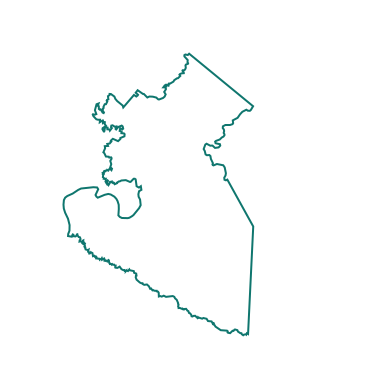 outline of Jesús Carranza, Veracruz, Mexico, rotated 216°
{"feature_id": "50627088B88561076881356", "entity_name": "Jesús Carranza", "entity_type": "district", "adm_level": 2, "iso_a3": "MEX", "parent_name": "Mexico", "parent_adm1": "Veracruz", "projection": "natural_earth1", "projection_center": [-94.861, 17.388], "detail": "fine", "context": "isolated", "style": "outline", "palette": "teal", "viewbox_px": 384, "rotation_deg": 216, "n_neighbors": 0, "source": "geoboundaries", "source_scale": "gbopen_adm2", "svg_char_len": 5953}
<svg xmlns="http://www.w3.org/2000/svg" viewBox="0 0 384 384"><g transform="rotate(216 192 192)"><path d="M275.6,302.2L275.9,300.4L278.2,299.3L278.6,298.2L277.8,297.2L273.0,296.2L271.9,294.3L270.8,293.9L270.6,293.5L271.8,291.5L271.7,290.6L270.0,288.8L269.6,287.0L269.9,285.9L271.1,285.0L271.0,284.5L268.9,283.8L268.5,283.3L270.2,281.8L271.1,280.2L271.1,279.5L269.7,279.0L270.2,275.9L271.0,275.1L272.1,272.0L271.9,270.4L273.5,266.7L274.4,266.3L274.5,265.6L273.8,265.1L273.5,264.2L275.6,263.7L274.8,262.2L275.3,261.5L276.4,262.8L276.7,262.2L276.7,259.8L275.3,260.8L274.0,260.4L273.5,259.8L273.3,256.6L270.7,255.5L270.2,253.1L270.7,251.0L273.1,247.4L274.0,247.1L276.4,247.4L279.7,246.1L282.6,244.2L283.7,242.2L288.6,243.0L289.3,242.5L295.8,242.4L295.9,239.2L292.8,238.9L292.7,238.2L293.2,236.5L296.0,236.4L297.3,220.0L298.9,221.2L306.0,221.6L308.8,222.3L310.9,223.6L315.2,223.6L316.3,222.9L315.7,222.0L316.3,220.1L314.1,217.8L314.9,216.6L314.7,215.7L313.7,215.4L313.2,212.5L314.2,211.7L313.7,208.9L312.9,208.1L313.1,207.3L312.1,205.3L310.0,204.6L309.9,203.9L311.0,203.7L314.5,205.2L314.9,204.4L316.1,204.4L317.8,206.6L318.9,206.3L319.6,208.7L320.8,206.9L318.6,201.1L315.2,198.8L316.0,197.5L317.8,196.7L317.8,196.3L316.3,195.4L312.2,194.6L310.5,195.2L308.9,196.4L307.6,194.2L306.4,197.3L306.1,197.5L304.6,195.5L304.0,197.1L303.6,197.3L302.5,195.6L300.4,195.0L301.8,191.2L301.4,190.2L299.0,189.1L298.6,189.4L298.8,190.1L300.5,193.1L298.1,194.4L297.3,193.0L295.5,194.1L294.5,193.4L294.4,196.6L295.6,196.8L296.3,198.3L295.4,199.3L292.8,199.4L291.6,200.7L291.0,200.0L290.9,198.1L290.1,198.0L289.8,201.4L287.9,204.4L286.6,204.3L284.9,202.8L285.2,201.8L287.6,201.4L286.4,198.9L284.5,199.6L283.7,198.1L281.5,199.4L280.5,199.2L279.4,197.3L281.7,193.6L281.1,192.7L281.7,189.7L287.3,188.5L287.8,186.2L287.7,185.3L286.9,185.3L287.1,182.9L288.8,181.1L287.0,179.9L289.5,177.8L288.0,176.3L287.0,172.0L285.8,171.9L282.5,170.1L280.1,171.6L279.2,171.2L277.8,172.5L277.2,172.3L276.6,171.6L276.4,169.1L273.7,167.1L272.7,164.1L270.4,163.8L270.0,162.3L272.4,162.7L272.3,160.1L273.7,160.0L273.6,159.4L274.3,158.7L274.2,157.9L275.1,157.7L275.4,157.1L274.5,155.7L275.1,155.8L275.5,155.1L274.8,154.8L274.8,154.0L273.9,153.6L272.8,151.6L271.1,151.5L271.0,151.0L269.6,152.0L269.4,151.2L268.2,151.0L268.1,149.6L267.4,149.3L266.9,150.5L267.4,150.7L267.2,151.8L266.6,151.7L266.7,149.7L265.9,149.6L266.1,148.7L265.0,148.3L264.8,149.0L263.6,148.5L263.8,151.2L264.3,151.8L263.0,153.4L262.4,152.7L261.1,152.8L261.1,153.5L260.4,153.6L259.1,152.9L257.8,155.1L258.2,155.5L257.3,157.7L256.7,158.1L255.9,159.8L252.5,162.7L248.0,163.7L247.6,164.2L247.0,168.4L246.1,169.1L245.0,169.1L240.2,164.1L237.5,164.4L236.8,166.6L234.2,164.0L235.3,161.5L234.1,158.7L232.4,156.8L229.6,155.4L225.8,151.2L225.3,147.9L225.8,138.9L226.3,137.2L227.5,134.4L228.6,133.1L233.4,129.8L235.7,129.4L237.8,129.8L241.2,135.2L243.8,138.6L246.9,140.9L249.2,142.0L252.1,142.6L256.3,142.2L258.6,141.2L261.0,138.4L264.9,132.0L266.6,132.1L268.3,132.9L269.5,139.1L271.4,139.9L274.6,137.9L283.8,129.6L285.3,126.8L287.6,120.6L290.5,115.5L291.3,112.9L290.9,110.2L288.5,106.2L286.0,103.3L282.5,100.7L276.6,97.5L271.6,93.3L268.4,88.7L267.5,85.3L266.4,83.5L262.9,85.2L262.7,85.8L263.4,86.5L263.5,87.6L262.8,87.7L261.7,86.7L260.1,87.6L259.8,88.7L260.2,90.0L259.9,90.4L258.9,89.5L257.2,89.0L256.1,89.5L254.9,88.8L254.3,88.0L254.5,86.9L253.9,85.8L253.4,86.5L252.0,86.7L251.5,87.3L251.8,88.3L251.5,88.9L251.1,88.2L249.9,87.7L250.3,87.5L250.5,86.1L249.5,86.0L248.9,87.3L248.3,87.4L247.9,86.0L247.1,85.6L246.9,84.5L246.1,84.3L245.2,85.0L245.7,84.0L244.3,83.0L242.1,83.8L241.8,84.5L241.0,82.6L239.9,82.8L239.0,81.8L238.6,82.1L238.5,83.4L238.2,83.2L237.9,83.9L236.7,84.1L234.4,81.9L233.7,83.0L232.5,83.1L232.5,82.5L231.6,82.4L231.4,83.3L230.8,83.1L230.4,82.0L227.6,83.6L226.9,83.1L226.8,83.8L225.9,84.4L226.0,85.5L225.2,85.0L224.7,85.6L224.6,85.1L223.9,86.5L222.6,85.2L222.4,85.8L221.5,85.4L220.7,86.3L220.1,86.1L219.5,87.9L218.9,87.7L218.7,86.8L218.4,87.1L217.1,85.9L216.3,86.0L216.0,85.5L214.7,86.4L214.3,86.2L214.2,86.8L213.2,86.7L212.2,87.5L211.0,87.1L210.5,87.5L209.7,85.8L209.2,85.9L207.7,86.8L206.7,89.1L203.7,88.1L201.7,88.4L200.8,89.2L199.9,88.5L199.4,88.8L199.1,89.7L198.9,89.3L198.8,90.1L197.3,90.4L197.2,92.5L196.4,92.1L192.6,93.8L191.3,92.6L189.2,93.2L187.8,91.8L188.2,91.4L187.3,89.8L185.3,88.5L181.0,88.1L179.0,88.5L178.4,89.1L177.6,88.6L176.1,88.8L174.1,90.7L171.5,90.4L168.9,89.1L168.4,89.9L166.2,89.2L165.9,89.8L164.4,90.0L162.5,91.3L162.1,90.9L160.9,91.4L159.7,90.9L157.4,88.0L156.6,89.1L155.0,89.6L153.9,91.5L151.4,91.9L146.4,96.5L144.7,96.8L143.2,96.0L141.0,95.8L137.8,93.9L137.6,93.3L136.6,92.9L136.1,91.4L135.3,90.8L134.5,90.8L134.4,90.4L133.5,91.1L130.8,91.7L130.9,92.1L129.7,92.2L129.8,92.5L128.1,94.0L125.9,93.3L124.9,93.5L123.4,92.4L122.7,92.7L120.6,92.3L119.3,91.2L118.4,91.6L118.0,92.6L116.7,93.7L113.5,93.3L113.6,94.2L112.8,94.0L112.6,94.4L109.3,95.5L108.8,96.7L105.7,98.0L103.2,97.0L100.1,98.8L98.2,97.9L97.6,98.7L97.1,98.6L97.0,97.4L95.5,97.6L93.9,96.9L87.5,97.1L82.2,100.4L81.2,100.3L80.7,99.3L80.1,99.3L78.2,100.2L77.6,103.6L76.8,104.0L76.7,105.7L76.3,106.1L74.1,106.9L72.8,106.1L70.0,106.2L69.0,106.8L68.1,106.2L66.4,106.2L66.2,107.0L64.7,108.7L64.3,108.6L64.6,110.0L63.2,110.1L122.2,200.1L170.7,222.8L171.4,221.4L172.9,221.0L174.3,222.5L174.6,225.1L175.6,227.1L180.0,231.1L182.4,232.0L188.3,229.3L190.2,226.2L191.0,226.0L191.7,226.4L192.0,227.6L196.2,229.9L198.2,231.9L199.7,232.1L201.6,230.5L203.1,230.4L205.8,232.7L207.8,233.6L209.1,238.2L208.6,239.6L204.5,240.2L202.7,241.6L199.3,241.2L196.7,243.7L196.4,246.1L197.5,247.1L201.6,245.3L202.9,246.4L202.6,247.5L200.4,250.8L199.9,253.7L199.1,255.3L199.1,257.0L199.7,257.8L201.1,258.4L201.8,260.2L203.0,261.3L204.7,261.8L205.6,263.3L204.4,265.8L200.6,268.6L199.1,270.7L199.2,271.9L201.1,273.9L198.7,278.8L198.8,283.2L198.4,286.5L196.4,290.5L194.6,290.6L192.9,291.7L192.6,292.9L193.0,297.3L275.6,302.2Z" fill="none" stroke="#0f766e" stroke-width="2"/></g></svg>